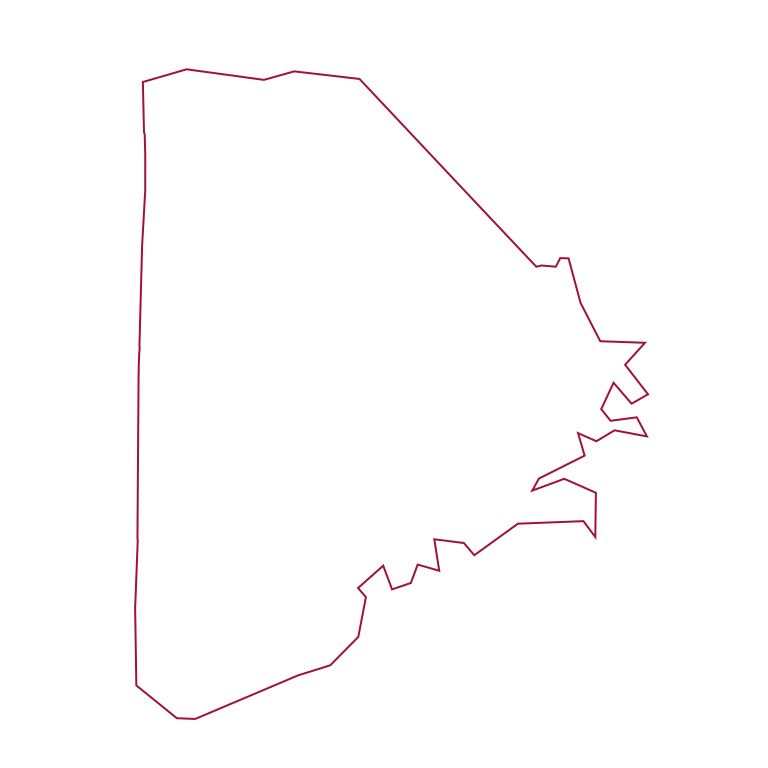 Allen, Kentucky, United States of America, rotated 87°
{"feature_id": "52423323B44643882159526", "entity_name": "Allen", "entity_type": "district", "adm_level": 2, "iso_a3": "USA", "parent_name": "United States of America", "parent_adm1": "Kentucky", "projection": "albers", "projection_center": [-86.16, 36.781], "detail": "fine", "context": "isolated", "style": "outline", "palette": "rose", "viewbox_px": 768, "rotation_deg": 87, "n_neighbors": 0, "source": "geoboundaries", "source_scale": "gbopen_adm2", "svg_char_len": 976}
<svg xmlns="http://www.w3.org/2000/svg" viewBox="0 0 768 768"><g transform="rotate(87 384 384)"><path d="M672.1,647.1L706.9,608.4L708.6,590.1L670.4,484.9L662.1,452.4L635.2,422.9L595.9,413.2L586.4,420.6L565.4,394.3L589.5,386.7L584.1,367.6L566.1,359.8L573.4,338.6L541.7,341.9L547.0,312.5L559.7,302.8L530.5,257.6L531.4,192.0L547.9,181.0L503.7,178.1L488.1,209.0L498.2,241.5L486.5,234.2L466.0,187.4L443.2,192.8L452.3,174.9L442.3,156.2L450.1,124.2L430.5,133.3L432.6,159.6L420.5,168.4L394.8,154.7L416.6,137.8L408.1,120.9L377.4,142.2L356.5,121.3L352.6,165.8L313.2,183.5L268.2,193.1L267.5,201.4L275.9,206.3L273.9,220.3L274.8,225.8L258.6,239.6L181.6,304.9L78.1,392.5L67.1,457.4L74.0,488.0L59.4,564.7L69.8,609.0L120.1,610.5L121.8,609.9L142.1,610.4L178.1,612.3L233.0,618.3L331.5,626.1L335.7,626.2L339.4,626.6L339.7,626.8L354.5,628.1L355.4,628.1L365.4,628.8L525.4,638.3L527.1,638.1L585.7,643.4L592.9,644.1L593.4,644.2L672.1,647.1Z" fill="none" stroke="#9f1239" stroke-width="2"/></g></svg>